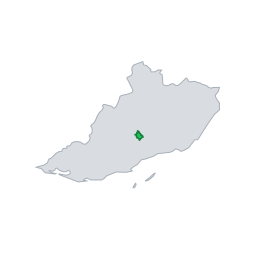 Jano, Olancho, Honduras shown in context, rotated 162°
{"feature_id": "27666195B16054115349616", "entity_name": "Jano", "entity_type": "district", "adm_level": 2, "iso_a3": "HND", "parent_name": "Honduras", "parent_adm1": "Olancho", "projection": "orthographic", "projection_center": [-86.513, 15.059], "detail": "fine", "context": "in_parent", "style": "filled", "palette": "green", "viewbox_px": 256, "rotation_deg": 162, "n_neighbors": 0, "source": "geoboundaries", "source_scale": "gbopen_adm2", "svg_char_len": 3854}
<svg xmlns="http://www.w3.org/2000/svg" viewBox="0 0 256 256"><g transform="rotate(162 128 128)"><path d="M227.4,119.1L219.2,118.7L215.3,119.8L213.6,122.1L212.2,123.1L211.0,122.9L208.5,123.9L204.8,125.9L201.4,126.8L198.4,126.3L197.6,126.8L197.3,127.5L196.9,128.1L195.7,128.5L194.4,128.3L192.9,127.6L192.1,127.9L192.0,129.3L191.2,129.6L189.7,129.0L188.0,129.5L186.1,131.1L183.4,131.5L179.9,130.6L177.2,128.9L175.3,126.4L173.0,125.8L169.0,127.7L167.3,129.9L167.0,131.3L167.4,132.5L166.7,133.3L164.8,133.7L163.4,135.3L162.4,137.9L162.3,139.9L162.9,141.3L161.9,142.3L159.5,143.0L156.6,145.3L153.3,149.1L150.0,151.8L146.8,153.3L145.2,155.0L145.3,156.9L145.1,157.4L144.5,157.7L143.4,157.9L137.1,153.9L135.2,151.1L133.7,151.5L131.7,153.0L128.9,156.1L125.9,160.4L124.4,160.9L116.9,160.3L112.9,160.6L112.1,161.2L111.7,162.8L112.0,164.9L113.1,172.4L113.7,175.5L113.1,176.5L111.0,176.6L108.4,177.1L107.0,178.5L106.6,180.0L106.5,182.0L105.6,184.1L104.0,185.6L102.4,186.2L93.4,186.6L93.6,183.1L91.0,181.6L89.5,178.7L88.2,176.7L88.7,175.6L88.6,174.2L84.9,173.1L81.5,173.9L79.5,173.3L78.1,172.6L80.6,170.9L80.8,169.8L80.0,169.0L79.1,168.5L79.4,166.6L79.9,164.3L81.3,158.9L80.8,157.9L78.6,156.3L75.7,156.1L72.5,156.6L70.9,155.8L69.6,153.9L67.4,153.0L63.3,154.5L59.0,156.7L57.7,157.5L56.7,157.3L56.2,155.7L56.0,153.7L55.7,153.2L53.5,152.5L50.8,151.9L49.5,151.4L48.2,150.0L45.1,148.3L44.4,147.0L40.2,144.0L39.3,142.5L38.4,141.4L36.3,140.0L34.7,140.3L29.4,138.6L28.6,138.4L29.4,136.9L31.1,134.7L34.8,132.2L35.1,130.1L34.2,126.1L33.3,123.6L33.8,122.4L35.0,117.8L35.9,116.7L41.2,114.5L41.7,114.2L46.0,110.9L50.6,107.4L55.5,103.4L60.9,99.0L63.9,96.4L65.3,95.3L68.4,96.2L70.9,94.1L72.3,93.4L75.6,90.9L76.6,90.4L82.1,89.4L84.8,89.4L87.1,92.0L89.0,93.4L92.5,92.2L95.4,91.9L107.5,94.4L112.3,93.3L121.1,93.1L125.0,93.7L130.6,90.3L134.2,89.6L138.4,88.0L137.8,86.4L136.8,85.7L143.3,86.4L152.8,89.8L163.0,89.1L166.7,87.2L169.1,86.7L179.5,90.1L182.3,92.8L184.5,93.0L186.1,92.4L186.6,91.8L184.5,91.3L183.6,90.4L191.8,92.0L207.5,104.6L207.8,105.7L201.1,102.0L197.6,102.3L196.7,102.9L196.9,105.0L197.3,105.9L198.8,106.0L199.9,105.5L202.6,106.1L204.5,107.4L206.7,109.5L208.0,111.8L209.5,111.8L210.8,110.4L213.5,110.2L215.2,111.7L216.4,111.6L214.7,109.3L210.7,106.9L211.6,106.8L220.5,111.0L223.1,116.3L225.2,117.5L227.4,119.1ZM123.0,74.0L117.9,76.5L116.3,76.5L118.6,74.5L122.4,72.8L125.6,71.9L128.2,72.3L123.0,74.0ZM140.4,71.2L138.0,73.1L137.6,72.2L138.7,70.5L140.2,69.4L141.6,69.5L141.3,70.3L140.4,71.2Z" fill="#d9dde1" stroke="#a8b0b8" stroke-width="1"/><path d="M116.5,114.8L116.5,115.8L116.8,115.9L116.8,116.0L117.0,116.1L117.0,116.3L117.0,116.5L117.1,116.8L117.3,116.8L117.5,116.9L117.6,117.0L117.6,117.3L117.8,117.3L117.7,117.4L117.8,117.5L117.8,118.4L117.8,118.5L117.9,118.8L118.0,118.9L118.0,119.0L118.8,119.3L118.5,120.7L118.6,120.8L118.8,120.9L118.9,121.0L118.9,121.3L119.0,121.5L119.3,121.7L119.3,121.8L119.4,122.0L119.5,122.1L119.7,122.3L119.8,122.3L119.9,122.2L119.8,121.9L119.9,121.7L120.0,121.5L120.0,121.3L120.0,121.2L119.9,121.2L119.7,121.2L119.8,120.6L120.0,120.5L120.3,120.5L120.5,120.6L120.6,120.8L120.6,121.0L120.5,121.3L120.6,121.2L120.8,121.0L120.8,120.9L121.0,120.7L121.2,120.4L121.2,120.2L121.3,120.0L121.3,119.9L121.5,119.8L121.9,119.7L122.2,119.6L122.6,119.6L122.8,119.5L123.1,119.5L123.3,119.4L122.2,118.5L122.2,118.4L122.3,118.4L122.3,118.2L122.5,118.0L122.5,117.9L122.6,117.7L122.6,117.4L122.6,117.2L122.4,117.0L122.2,117.0L122.2,116.9L122.4,116.0L122.5,116.0L122.5,115.9L122.4,115.9L122.2,115.8L122.0,115.7L121.9,115.7L121.8,115.4L121.7,115.3L121.6,115.2L121.0,114.8L120.9,114.7L120.8,114.4L120.9,114.2L121.0,114.2L121.1,113.9L120.9,113.5L120.9,113.0L120.7,113.0L120.4,113.1L120.2,113.1L120.0,113.3L119.9,113.5L119.7,113.6L119.7,113.8L119.4,113.9L119.2,114.0L118.1,114.3L117.4,115.0L116.5,114.8Z" fill="#22c55e" stroke="#15803d" stroke-width="1.5"/></g></svg>